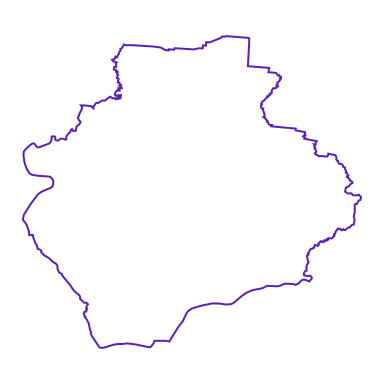 Tha Phae, Satun, Thailand (Mercator projection)
{"feature_id": "78962969B83222523917082", "entity_name": "Tha Phae", "entity_type": "district", "adm_level": 2, "iso_a3": "THA", "parent_name": "Thailand", "parent_adm1": "Satun", "projection": "mercator", "projection_center": [99.941, 6.801], "detail": "fine", "context": "isolated", "style": "outline", "palette": "violet", "viewbox_px": 384, "rotation_deg": 0, "n_neighbors": 0, "source": "geoboundaries", "source_scale": "gbopen_adm2", "svg_char_len": 5856}
<svg xmlns="http://www.w3.org/2000/svg" viewBox="0 0 384 384"><path d="M332.8,154.5L331.8,154.6L328.3,153.6L328.0,155.5L327.3,156.4L324.5,156.5L322.8,156.1L318.5,156.1L317.4,155.0L315.4,154.3L315.0,153.7L315.0,153.0L316.0,152.2L316.2,151.5L315.4,149.4L314.7,148.8L315.3,147.7L314.5,147.2L314.2,145.7L315.1,145.1L314.2,144.3L315.5,144.3L315.3,143.6L316.8,141.2L304.4,138.7L305.1,137.5L303.0,136.4L303.5,135.7L304.3,135.8L305.5,135.0L304.8,134.0L305.0,132.1L295.7,130.4L295.7,128.6L271.1,126.3L270.9,125.7L271.6,125.0L269.9,124.9L268.8,124.2L268.3,122.7L267.4,122.3L267.7,121.2L266.7,120.9L266.6,119.8L263.6,117.2L264.8,116.9L264.3,115.3L264.7,114.3L264.0,113.3L264.0,112.3L262.9,110.1L263.2,108.5L261.5,108.4L261.0,106.9L261.2,104.9L261.7,104.7L261.1,104.0L261.9,103.5L261.8,102.1L264.8,99.8L266.7,97.3L267.5,97.2L267.5,96.2L268.4,96.4L268.7,95.8L269.6,95.3L269.3,94.5L269.6,93.8L270.1,93.6L270.4,94.0L271.7,93.2L271.6,91.0L273.0,88.4L273.5,88.1L275.7,88.3L276.5,87.5L276.4,86.3L277.8,86.3L277.0,85.0L277.5,85.0L277.7,84.5L277.2,82.8L279.7,80.8L279.7,80.1L280.5,79.3L280.2,78.9L280.9,78.8L281.1,78.3L281.0,76.9L280.0,76.7L280.1,76.4L279.1,75.1L278.1,75.6L276.0,72.9L268.4,72.2L269.2,67.9L247.9,66.2L249.2,42.5L249.2,38.6L248.7,37.9L225.8,36.1L225.1,36.7L221.7,36.6L221.0,37.9L209.4,42.4L206.2,42.2L206.0,45.6L202.9,45.5L202.7,48.3L198.6,48.3L193.7,49.4L174.7,48.2L174.3,49.7L168.8,49.3L168.8,50.4L166.9,50.1L166.1,50.4L165.1,50.1L164.4,49.4L162.9,49.0L162.0,48.1L160.7,47.5L153.1,46.5L134.1,45.3L129.1,45.1L126.2,45.3L123.9,44.5L122.3,47.7L121.2,48.6L120.4,48.8L120.5,50.6L119.3,51.8L119.0,53.9L117.9,54.9L117.2,57.2L116.1,57.6L115.4,56.8L114.5,59.0L112.1,59.8L113.5,61.5L115.0,61.7L115.5,62.4L116.2,62.1L116.7,62.4L115.8,63.9L116.2,64.7L116.1,66.9L114.3,66.9L113.8,69.5L115.8,69.9L116.1,71.6L116.8,71.1L117.7,71.6L117.8,71.9L117.1,72.2L117.0,73.9L118.1,75.1L117.5,75.7L117.0,78.2L118.5,78.5L118.7,78.9L117.7,82.3L118.2,82.7L119.4,82.6L119.9,84.4L121.3,85.1L120.9,86.2L120.2,85.5L119.5,85.7L121.8,88.1L121.1,88.6L120.0,87.9L119.5,88.3L118.3,88.1L118.2,88.7L119.0,88.9L119.6,90.6L116.6,90.7L115.1,93.2L114.9,94.8L115.5,95.5L117.4,95.6L117.9,96.4L118.5,96.1L118.4,95.2L120.0,95.4L121.0,95.0L121.1,95.9L119.9,96.9L120.4,98.2L119.5,98.6L118.7,97.3L118.0,98.1L117.9,98.8L116.1,99.2L115.8,98.1L115.1,98.7L114.5,98.2L112.4,98.3L110.4,96.7L107.6,98.4L105.1,100.5L102.1,100.5L98.3,102.9L96.1,103.0L93.4,106.9L93.5,108.3L92.4,107.6L91.4,106.2L84.2,105.4L80.9,105.4L82.1,107.1L82.2,107.9L81.6,109.0L81.4,110.4L80.2,112.1L79.3,114.0L79.1,115.5L77.8,117.7L79.1,120.4L80.6,121.8L80.6,122.3L79.2,124.4L76.6,126.4L75.7,130.9L72.8,130.8L72.2,130.3L72.2,129.2L71.5,129.2L69.8,132.6L68.3,133.6L66.6,136.1L66.1,139.5L65.5,139.7L63.9,139.0L61.3,138.6L60.2,138.9L58.4,140.5L57.0,140.5L55.9,140.1L55.2,139.4L55.3,137.3L54.9,136.5L52.0,136.4L51.6,136.9L51.6,139.3L51.2,140.7L50.1,142.6L49.2,143.5L39.3,147.2L37.6,147.4L36.5,146.6L34.7,144.0L33.7,143.4L32.6,143.5L31.4,144.1L26.6,148.3L24.0,151.1L23.4,154.3L24.4,162.1L25.5,165.7L27.0,169.3L29.5,173.3L31.7,174.7L37.2,175.7L49.3,176.6L50.5,177.0L52.1,178.6L53.1,180.7L53.3,182.2L53.0,185.3L51.9,187.2L41.8,191.6L38.0,194.2L30.9,203.7L24.3,214.0L23.5,215.8L23.0,219.8L26.6,224.7L28.9,231.5L29.2,235.1L32.8,234.9L33.4,237.9L35.7,243.9L36.8,245.2L37.8,249.0L39.7,249.5L41.3,250.7L41.2,252.3L43.1,254.0L43.6,254.9L49.0,258.2L53.4,262.3L55.5,263.3L56.6,264.4L57.4,265.9L57.5,268.6L58.7,271.7L59.6,272.9L61.6,273.7L62.7,276.0L66.6,280.9L69.1,283.6L73.9,290.7L79.1,295.1L79.9,296.3L80.2,299.0L84.3,302.7L86.7,302.8L87.9,304.2L86.6,306.1L86.4,307.4L86.9,308.1L86.2,308.8L86.9,309.9L86.3,310.3L86.2,311.5L84.5,311.9L84.5,312.5L83.8,313.3L83.8,314.2L84.7,315.5L84.6,316.5L85.3,316.9L85.1,317.4L86.8,319.6L88.7,323.4L90.3,330.8L91.1,332.1L90.8,333.3L91.8,335.9L99.5,347.4L101.4,347.9L104.0,347.6L113.6,344.7L118.3,344.0L122.6,344.0L127.1,343.4L135.4,344.4L147.8,347.0L150.4,347.1L153.2,343.9L154.5,340.8L165.6,340.8L169.3,341.5L178.4,326.8L182.7,321.3L186.8,312.7L188.5,310.8L191.9,308.5L202.4,305.4L212.6,303.4L219.8,303.6L225.8,304.5L230.7,304.2L233.7,302.8L242.5,295.4L247.1,292.4L252.8,290.1L262.5,288.2L267.2,285.8L277.5,286.3L280.2,285.7L283.8,284.0L285.5,283.7L293.1,284.0L295.7,284.8L298.2,283.7L301.6,280.4L303.0,279.7L305.4,279.8L309.3,281.5L311.9,278.2L311.2,276.6L310.1,275.7L307.9,276.1L305.3,275.4L304.3,275.5L303.8,274.8L303.9,273.2L305.0,271.2L306.7,270.6L306.4,266.8L307.3,264.2L308.6,262.4L307.7,260.3L307.3,257.0L306.8,256.1L307.3,255.2L308.3,254.9L308.6,254.0L308.1,253.7L308.0,253.1L309.5,251.3L309.9,249.9L310.8,248.9L312.1,248.9L312.6,248.2L314.1,247.7L314.7,245.1L315.5,245.5L316.7,245.3L317.6,245.9L318.4,245.6L318.7,245.1L318.3,243.6L319.3,243.3L319.8,241.9L321.1,241.1L321.6,241.1L322.0,242.0L323.4,242.1L323.9,241.8L324.2,240.3L324.9,240.3L325.4,240.8L326.4,239.7L326.6,240.6L327.0,240.5L327.1,240.0L328.2,239.6L327.9,238.7L328.3,238.3L331.7,238.4L332.6,238.0L332.6,237.4L333.8,235.8L334.2,235.9L334.1,234.9L334.6,234.5L334.3,233.8L335.3,233.3L335.8,231.3L337.3,229.3L337.8,229.4L338.3,228.5L339.2,228.9L340.2,228.8L341.4,230.2L341.8,229.9L342.6,229.9L343.3,229.2L344.1,230.1L344.7,229.8L345.3,230.1L346.8,228.6L348.9,227.4L349.6,227.4L351.8,225.0L353.9,224.4L354.6,219.4L353.7,216.5L354.7,213.0L354.8,204.4L355.4,203.8L356.9,203.9L358.6,200.6L360.3,200.0L361.0,197.7L360.9,196.7L360.3,196.5L358.9,194.7L357.0,195.3L353.5,195.3L352.8,195.1L351.2,193.3L348.1,193.5L345.1,191.7L345.8,187.8L349.0,186.2L350.4,184.1L352.3,183.1L352.5,182.1L351.4,181.2L349.9,180.6L349.8,179.5L348.7,178.8L348.6,178.0L347.0,177.0L347.0,176.5L348.3,175.7L347.3,174.7L347.3,173.2L345.8,172.6L345.8,171.6L346.1,170.9L344.9,169.0L344.9,167.4L343.1,166.7L343.0,165.6L341.7,164.1L338.9,163.6L338.7,162.8L337.6,161.2L337.8,160.7L336.8,160.3L336.2,159.2L336.5,158.0L335.6,155.4L332.8,154.5Z" fill="none" stroke="#5b21b6" stroke-width="2"/></svg>